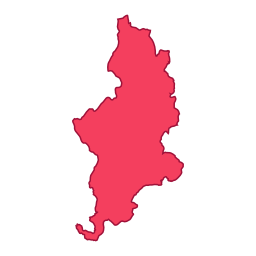 the district of Manandriana, Amoron'i Mania, Madagascar
{"feature_id": "10022922B47245353926014", "entity_name": "Manandriana", "entity_type": "district", "adm_level": 2, "iso_a3": "MDG", "parent_name": "Madagascar", "parent_adm1": "Amoron'i Mania", "projection": "natural_earth1", "projection_center": [47.016, -20.748], "detail": "fine", "context": "isolated", "style": "filled", "palette": "rose", "viewbox_px": 256, "rotation_deg": 0, "n_neighbors": 0, "source": "geoboundaries", "source_scale": "gbopen_adm2", "svg_char_len": 5801}
<svg xmlns="http://www.w3.org/2000/svg" viewBox="0 0 256 256"><path d="M183.2,164.1L182.7,163.5L181.6,162.6L179.2,161.6L179.2,160.8L178.7,159.9L176.9,158.6L175.1,156.9L175.0,155.7L172.9,154.1L170.8,153.0L169.4,152.7L166.3,152.6L165.3,152.3L164.3,152.6L162.8,153.6L163.2,150.8L163.9,149.0L163.9,148.3L163.7,147.3L163.2,146.3L162.1,145.4L161.8,143.8L160.3,142.2L160.1,141.7L160.2,141.1L160.5,140.2L161.0,139.7L161.3,139.1L161.1,138.0L161.3,137.3L161.6,136.4L162.8,134.7L163.4,133.3L164.7,131.8L165.2,131.5L166.1,131.4L166.9,132.0L168.2,133.5L168.5,132.8L168.5,131.2L168.7,129.4L169.0,128.3L169.4,127.9L170.6,127.4L171.0,126.7L174.4,126.0L176.0,125.2L177.3,125.0L176.8,124.3L176.8,123.9L177.1,123.5L177.2,122.9L177.7,121.8L178.1,121.5L178.5,120.9L178.1,116.6L178.6,115.0L178.9,114.3L179.4,113.9L178.5,111.2L177.4,109.7L174.2,107.8L174.2,103.3L174.6,102.1L175.3,100.9L175.8,99.1L175.7,98.3L174.9,96.6L174.3,96.6L172.7,97.2L171.0,97.4L170.4,97.1L170.0,96.5L170.8,94.4L170.5,93.9L171.3,94.2L172.3,93.7L173.6,92.6L174.1,91.5L174.2,90.7L173.9,89.1L174.4,88.3L174.2,86.7L174.4,83.7L173.3,81.1L173.8,80.7L173.8,80.2L173.1,79.4L172.8,78.5L172.5,78.3L170.1,77.4L168.7,76.5L168.2,75.7L167.8,74.3L167.7,73.5L166.5,72.7L165.7,71.6L165.2,71.2L164.4,71.3L164.3,70.6L164.3,69.5L164.7,68.7L165.9,67.2L167.5,63.7L168.3,63.8L168.7,63.6L169.1,63.3L168.8,62.3L169.1,62.5L169.5,62.3L169.7,61.8L169.6,58.8L169.3,57.0L168.8,55.8L168.7,54.4L168.4,53.8L169.0,52.6L169.2,51.9L169.1,51.3L168.8,50.8L168.0,51.1L167.4,51.1L167.4,50.8L166.3,51.1L164.0,51.0L161.0,50.0L160.5,50.1L159.6,51.1L158.8,53.9L157.9,54.3L156.8,56.0L156.1,56.0L155.9,55.8L155.7,54.6L155.3,53.7L155.3,51.0L154.7,46.7L153.5,42.8L152.2,40.1L149.0,36.0L149.5,33.8L150.2,32.1L150.4,30.4L148.5,30.1L147.1,29.3L145.8,29.6L143.6,28.7L142.5,28.9L140.1,30.0L139.2,30.0L135.8,27.7L132.3,27.1L131.2,26.5L130.4,25.6L130.6,24.3L130.4,23.1L130.3,22.8L128.9,23.5L128.6,23.1L128.5,20.3L128.2,19.6L127.6,15.7L127.4,15.4L127.0,15.4L125.9,15.8L124.1,17.0L122.9,18.2L117.8,19.2L118.1,20.2L118.2,21.4L117.5,26.8L118.1,29.1L119.4,31.0L119.2,31.9L117.7,34.2L117.5,34.7L117.7,36.0L118.1,36.5L118.1,39.0L118.7,41.0L118.6,43.4L117.9,46.3L117.4,47.4L116.7,48.4L115.3,50.7L113.8,52.0L113.1,53.0L112.9,53.5L112.8,55.3L111.7,56.6L110.5,58.9L109.6,60.9L108.7,62.4L108.1,64.1L107.8,67.1L108.0,70.4L108.3,71.1L110.7,70.7L112.3,71.2L114.8,74.0L115.9,76.0L119.0,77.6L119.7,78.2L120.3,79.1L120.9,80.8L121.6,82.2L121.7,83.3L121.4,85.2L121.3,85.8L120.5,86.7L119.9,87.1L119.2,87.4L116.4,87.6L115.7,88.2L115.5,88.6L115.3,89.9L115.5,91.0L115.5,92.2L115.8,93.6L116.5,95.2L116.6,96.0L116.5,96.9L116.3,97.6L115.9,98.0L114.2,98.2L112.7,99.8L112.1,99.9L111.0,99.5L109.9,98.1L109.1,97.6L108.0,97.4L107.1,97.6L106.1,98.3L103.2,102.0L101.2,103.8L97.6,108.9L95.5,110.8L94.7,111.2L94.1,111.1L93.4,110.5L93.0,109.4L92.1,108.9L91.0,109.1L90.0,108.9L89.4,109.0L88.9,109.4L86.5,112.0L83.6,116.2L82.0,117.4L81.2,119.0L80.8,119.3L79.6,119.5L77.3,118.6L75.5,119.1L74.7,118.7L74.3,118.9L72.8,120.8L72.9,121.9L74.1,124.6L74.6,126.3L74.6,128.6L75.1,130.3L75.7,131.3L79.4,135.9L80.2,137.2L81.2,140.3L81.8,141.5L82.6,142.4L83.4,143.0L85.3,143.0L85.8,143.2L87.3,144.5L88.2,145.6L89.0,147.0L89.5,148.8L89.5,150.4L89.9,150.8L91.3,151.8L93.2,152.2L95.4,154.5L97.3,155.2L97.6,155.7L98.3,159.5L98.3,160.3L97.3,163.3L95.6,166.4L94.6,167.1L94.4,167.4L94.2,168.3L94.2,169.7L94.1,170.1L90.8,175.4L90.4,177.2L90.2,180.7L89.8,181.6L89.2,182.3L89.0,183.1L89.2,184.0L89.6,185.0L89.6,187.0L89.8,187.5L90.6,187.9L91.7,187.5L92.4,187.7L92.8,188.2L93.2,189.8L93.7,190.5L93.1,191.9L93.6,192.6L93.6,193.7L93.4,194.5L95.1,195.7L96.3,197.2L97.0,198.5L97.2,199.0L97.1,200.3L96.6,201.8L96.1,205.7L95.3,207.9L95.3,208.8L95.4,210.2L95.9,211.9L96.2,212.1L96.9,212.0L97.3,212.2L96.6,213.0L94.9,213.9L95.0,214.7L94.9,215.0L94.1,215.7L93.3,215.9L92.3,216.8L90.0,217.2L89.7,217.7L90.3,218.2L90.3,218.5L89.8,219.6L89.8,220.5L91.5,221.7L92.9,222.4L94.0,224.0L95.0,226.1L95.1,226.9L95.1,227.5L94.7,228.4L94.7,229.0L95.4,229.5L95.4,230.0L94.5,230.6L94.6,231.8L94.4,232.3L93.9,233.0L93.0,233.4L92.6,233.4L92.1,232.8L90.7,232.2L88.3,231.9L85.6,230.4L85.1,230.4L84.0,230.8L83.3,230.7L82.7,230.2L82.5,229.6L82.2,227.6L82.0,227.3L81.7,226.1L80.5,225.4L79.7,224.6L78.9,224.8L78.4,224.7L77.4,224.1L77.1,224.3L76.9,226.1L76.6,226.3L76.2,226.1L76.6,228.4L77.9,229.8L78.4,231.1L79.7,233.2L80.7,233.4L81.6,233.1L82.4,233.7L83.0,234.5L83.8,234.4L84.5,234.7L84.7,237.1L85.1,238.3L86.1,238.7L87.3,239.7L89.1,239.4L91.4,239.9L92.9,239.9L93.6,240.4L94.9,240.2L95.6,240.6L96.7,240.3L97.1,240.0L98.9,235.6L100.9,234.4L102.8,232.5L103.5,230.4L103.8,227.4L103.3,224.5L103.5,222.1L104.5,220.8L105.7,220.3L107.3,220.2L108.6,219.3L109.9,220.6L110.8,221.1L113.0,223.2L114.5,224.9L115.6,225.1L116.6,224.9L117.6,224.4L120.8,221.5L122.2,221.1L124.7,221.7L126.7,221.3L129.8,219.6L130.7,218.6L132.4,215.7L133.4,214.5L133.3,213.9L132.4,213.0L132.2,212.5L132.2,211.6L132.8,209.7L132.6,209.0L133.0,208.6L135.2,208.1L136.6,207.4L137.2,206.9L137.4,205.9L137.3,205.1L137.0,204.8L136.1,204.5L134.3,203.0L133.6,202.6L132.2,202.4L131.7,202.2L131.4,201.7L131.6,200.6L132.5,198.6L134.3,195.2L134.5,195.0L135.6,194.9L135.9,194.7L136.7,192.9L138.0,192.1L139.3,190.1L141.8,188.1L143.3,186.4L146.1,185.2L148.0,185.3L149.9,184.9L152.0,184.9L154.4,184.5L157.6,184.6L158.6,185.2L161.1,185.0L161.6,184.5L161.7,184.1L161.3,183.0L161.8,182.0L161.8,181.7L161.6,181.3L160.9,181.0L160.9,180.5L161.4,180.1L161.9,180.3L162.5,180.1L163.3,179.0L163.7,177.9L164.1,177.5L165.7,176.7L166.3,176.9L167.3,178.4L168.0,178.7L168.2,178.9L168.0,179.7L168.0,180.1L168.8,180.8L169.8,180.9L170.4,181.2L171.0,181.1L171.1,180.9L171.8,181.3L173.6,180.4L175.0,180.1L176.5,179.1L178.0,177.7L180.1,175.4L181.4,173.4L181.7,172.4L181.3,170.0L181.3,169.2L183.1,166.7L183.2,164.1Z" fill="#f43f5e" stroke="#9f1239" stroke-width="1.5"/></svg>